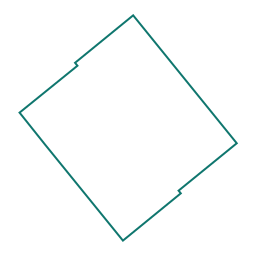 Stevens, Minnesota, United States of America, rotated 51°
{"feature_id": "52423323B3938520611617", "entity_name": "Stevens", "entity_type": "district", "adm_level": 2, "iso_a3": "USA", "parent_name": "United States of America", "parent_adm1": "Minnesota", "projection": "equal_earth", "projection_center": [-96.037, 45.586], "detail": "fine", "context": "isolated", "style": "outline", "palette": "teal", "viewbox_px": 256, "rotation_deg": 51, "n_neighbors": 0, "source": "geoboundaries", "source_scale": "gbopen_adm2", "svg_char_len": 276}
<svg xmlns="http://www.w3.org/2000/svg" viewBox="0 0 256 256"><g transform="rotate(51 128 128)"><path d="M43.7,53.1L44.0,128.1L47.8,128.1L47.8,202.6L89.2,202.9L212.3,202.8L212.0,128.1L208.5,128.1L208.3,53.1L43.7,53.1Z" fill="none" stroke="#0f766e" stroke-width="2"/></g></svg>